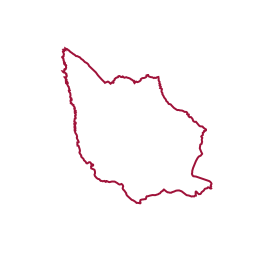 Emni Haili, Debub, Eritrea, rotated 136°
{"feature_id": "51966322B75745826178298", "entity_name": "Emni Haili", "entity_type": "district", "adm_level": 2, "iso_a3": "ERI", "parent_name": "Eritrea", "parent_adm1": "Debub", "projection": "equal_earth", "projection_center": [38.709, 14.717], "detail": "fine", "context": "isolated", "style": "outline", "palette": "rose", "viewbox_px": 256, "rotation_deg": 136, "n_neighbors": 0, "source": "geoboundaries", "source_scale": "gbopen_adm2", "svg_char_len": 5850}
<svg xmlns="http://www.w3.org/2000/svg" viewBox="0 0 256 256"><g transform="rotate(136 128 128)"><path d="M182.5,124.5L181.4,122.0L181.2,121.4L181.3,120.9L181.9,119.8L183.1,118.4L184.5,117.7L185.1,116.5L185.3,114.2L185.1,112.6L184.3,111.2L184.2,110.7L184.4,109.7L184.3,108.8L183.7,108.3L183.2,107.2L181.8,106.4L181.6,105.9L181.6,104.9L181.2,104.6L180.4,104.9L180.2,104.7L179.4,102.6L178.9,101.9L176.8,100.7L174.8,98.7L173.9,95.6L173.8,94.4L173.4,93.3L172.6,92.7L171.6,92.3L171.4,91.2L171.6,90.2L172.0,89.4L173.7,88.4L174.1,87.5L174.2,86.4L174.1,85.9L174.6,82.3L175.0,82.0L175.5,80.7L175.6,79.8L175.3,74.6L175.1,73.4L174.5,72.3L173.9,69.6L173.9,68.2L172.8,67.2L171.6,65.4L171.0,65.4L170.2,66.9L168.9,67.5L167.4,66.7L166.8,66.1L165.7,65.5L165.2,64.9L164.3,64.6L162.7,65.7L161.9,65.8L161.3,65.2L159.3,64.2L157.0,62.8L155.1,60.8L152.1,59.3L151.5,59.3L150.3,58.8L148.5,59.1L146.2,58.6L145.5,58.9L144.9,58.8L144.5,55.4L144.1,54.1L143.6,53.6L142.8,52.3L141.6,51.3L141.1,51.3L138.6,50.1L137.3,49.7L136.2,49.0L134.6,47.6L133.4,45.2L132.5,39.0L131.1,37.1L129.9,34.6L129.0,34.0L127.9,32.8L127.1,32.9L126.1,32.2L124.8,34.0L123.8,35.0L123.3,35.1L123.1,34.9L123.0,34.1L123.2,33.8L123.0,31.2L121.9,30.3L121.1,30.2L119.7,30.7L117.2,30.4L116.3,30.5L115.4,30.8L114.8,30.8L112.9,29.7L111.7,29.8L111.5,29.6L111.1,28.8L110.9,27.7L110.7,27.2L110.4,26.8L110.0,26.8L110.0,27.6L109.7,28.2L108.7,28.3L108.3,29.3L106.9,29.7L106.5,30.1L106.3,30.9L106.2,32.2L106.5,33.5L112.8,45.8L114.5,47.9L114.5,49.0L113.9,50.6L112.8,51.3L111.6,52.5L109.0,54.0L102.2,57.0L99.0,58.0L97.7,58.2L96.9,58.3L94.9,57.6L92.6,57.9L92.3,58.7L91.8,60.3L90.5,63.5L87.5,65.8L85.9,65.5L85.1,66.2L84.3,66.5L83.7,67.5L82.9,68.5L81.4,69.3L81.3,70.9L80.8,71.1L79.0,71.0L77.5,72.6L76.9,72.3L76.1,72.4L75.7,72.9L75.3,73.0L74.2,72.2L73.5,72.2L72.9,72.8L73.2,73.9L73.5,75.8L73.4,77.3L74.9,79.1L75.2,80.2L74.8,85.3L75.7,86.0L76.0,86.6L76.2,87.7L75.8,88.7L75.4,89.3L75.1,91.5L75.2,92.2L76.2,93.0L76.3,94.2L75.9,95.1L75.5,95.0L75.1,95.1L74.9,95.5L75.2,96.0L75.5,96.0L75.9,96.8L74.8,97.8L74.8,98.8L75.0,99.2L76.1,100.3L76.6,102.1L77.0,103.0L78.7,105.0L78.9,105.6L80.0,106.6L80.3,107.3L81.0,110.6L81.0,113.7L80.9,115.2L81.3,116.1L81.9,116.8L82.0,117.2L81.5,119.0L81.5,119.5L81.7,120.2L81.7,120.8L81.0,122.3L80.8,124.8L80.2,126.5L79.9,128.0L79.7,128.6L79.0,129.1L78.8,130.4L78.3,131.3L76.8,132.2L76.5,132.7L76.6,133.2L77.0,133.8L77.2,134.4L75.7,134.9L75.6,135.4L75.9,136.2L75.8,136.6L74.5,136.9L74.4,137.2L74.7,137.9L74.6,138.3L73.3,139.1L73.0,140.8L71.6,142.3L70.7,143.6L71.8,144.3L73.2,144.6L73.8,145.6L74.7,145.9L75.3,147.6L76.3,148.8L77.1,150.4L77.2,151.3L76.7,152.1L77.1,152.5L78.2,153.0L79.1,152.2L79.9,152.1L81.3,152.6L82.2,153.2L82.7,153.7L83.7,154.1L84.9,154.2L85.8,153.5L87.3,153.6L89.2,154.3L89.6,154.8L89.8,155.6L90.2,155.8L92.1,155.8L91.9,156.7L90.9,157.4L90.9,157.9L91.6,158.7L91.6,159.9L92.0,160.7L92.0,161.6L92.8,163.6L93.4,164.4L94.0,165.8L95.6,166.6L95.8,167.0L95.9,168.4L96.0,168.8L96.4,168.9L96.8,168.7L97.6,169.5L98.0,171.2L98.2,171.5L99.1,171.9L99.9,171.5L100.6,172.0L101.1,172.0L101.8,172.4L103.5,172.5L104.0,172.0L104.4,171.9L105.9,172.0L106.2,171.8L106.6,170.9L107.0,170.7L107.4,170.8L107.6,171.7L108.2,172.1L109.2,171.9L109.8,172.0L109.9,174.8L110.4,175.5L111.5,175.8L112.0,176.2L113.2,176.5L113.1,178.1L113.2,180.6L113.1,185.0L113.0,186.9L112.5,190.3L112.9,199.6L112.4,201.3L112.4,202.5L112.6,203.6L113.2,205.4L113.2,208.5L113.6,210.0L113.6,212.5L114.2,213.7L114.4,214.7L115.4,215.8L115.6,218.2L115.9,218.8L116.3,221.7L116.6,222.6L116.6,224.9L116.9,225.4L116.9,226.8L117.6,228.1L117.8,228.8L118.7,227.6L119.2,228.7L120.0,229.2L120.1,227.8L120.5,227.6L120.9,227.8L121.2,228.4L121.8,228.2L122.3,226.6L122.8,225.6L123.5,225.1L123.9,225.1L124.2,224.9L124.5,224.3L124.8,224.2L125.9,224.8L126.3,224.5L126.3,222.8L126.6,222.2L127.2,221.9L127.3,221.2L127.8,220.6L128.0,219.6L128.3,219.2L128.2,218.4L128.6,218.1L128.9,218.1L129.2,218.7L129.4,218.4L129.4,217.0L128.9,216.4L129.0,215.9L130.0,215.3L130.6,214.3L132.1,213.6L132.6,213.7L132.8,214.4L133.1,214.4L134.6,213.0L135.0,213.1L135.7,214.1L135.8,213.7L135.5,213.0L135.6,212.6L135.4,212.2L135.0,211.7L134.8,210.9L134.8,210.2L135.1,210.0L135.2,209.7L135.0,209.3L135.5,209.0L135.7,208.7L135.7,208.2L136.4,207.6L137.7,207.5L137.9,207.7L138.0,208.3L138.3,208.5L138.6,205.4L138.9,205.2L139.5,205.6L140.8,204.1L139.6,204.1L139.6,203.6L140.1,202.1L140.4,202.1L140.9,202.5L141.3,202.2L141.6,200.9L142.0,200.0L142.1,198.6L142.6,198.1L143.0,197.0L143.6,196.2L143.8,195.5L144.1,195.6L144.3,196.2L144.6,196.1L145.2,194.9L145.3,193.4L145.6,192.8L147.0,191.1L147.9,190.7L148.4,189.8L148.4,189.3L148.1,188.8L148.7,187.6L149.0,187.4L149.2,188.0L149.5,188.1L150.3,187.7L150.8,187.1L151.3,185.9L151.9,185.7L151.9,185.3L151.5,185.0L151.4,184.7L151.8,183.5L151.7,183.1L151.3,182.8L151.2,182.5L151.8,181.9L151.9,180.5L152.3,179.5L152.6,179.1L153.1,179.3L153.9,177.9L153.6,176.8L153.7,176.5L154.1,176.3L154.9,176.8L155.2,176.6L155.0,175.3L156.0,175.3L156.1,175.0L156.1,174.2L156.3,173.9L156.9,173.4L157.4,173.2L157.7,173.4L158.2,172.8L158.4,171.9L159.0,171.3L159.8,171.7L162.3,169.8L162.2,169.2L161.9,168.6L161.9,168.2L162.6,167.4L163.1,167.4L163.9,168.1L164.2,167.6L164.4,166.5L164.7,166.0L165.2,166.0L165.5,166.2L165.8,165.9L165.3,165.3L165.8,164.5L166.5,164.8L167.2,163.1L167.6,163.3L167.8,163.6L168.3,163.1L168.3,162.4L169.2,161.3L169.8,158.5L170.8,156.9L171.5,156.7L171.9,156.1L173.0,152.5L173.4,152.1L174.5,152.8L174.9,152.1L175.7,151.7L175.9,151.0L176.6,150.4L176.0,149.4L177.5,146.3L178.4,145.0L179.3,144.3L179.8,144.3L180.3,143.4L180.7,140.8L181.5,139.9L181.6,139.6L181.5,137.4L181.6,136.3L182.1,135.4L181.9,133.2L182.3,131.9L182.3,131.4L181.8,130.8L179.7,130.4L179.3,129.9L179.0,129.4L179.1,128.6L179.6,127.4L178.8,126.6L178.6,126.1L178.6,125.8L179.1,125.3L179.6,125.3L180.6,126.1L181.2,126.1L182.5,124.5Z" fill="none" stroke="#9f1239" stroke-width="2"/></g></svg>